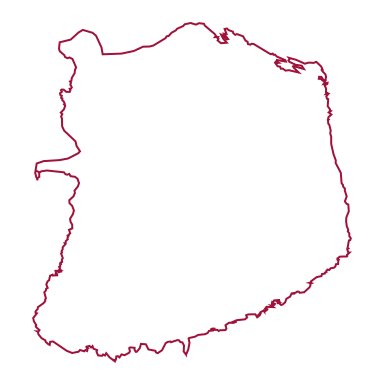 Hurum nor, Buskerud, Norway (Natural Earth projection)
{"feature_id": "86288312B72447023629583", "entity_name": "Hurum nor", "entity_type": "district", "adm_level": 2, "iso_a3": "NOR", "parent_name": "Norway", "parent_adm1": "Buskerud", "projection": "natural_earth1", "projection_center": [10.511, 59.602], "detail": "fine", "context": "isolated", "style": "outline", "palette": "rose", "viewbox_px": 384, "rotation_deg": 0, "n_neighbors": 0, "source": "geoboundaries", "source_scale": "gbopen_adm2", "svg_char_len": 5791}
<svg xmlns="http://www.w3.org/2000/svg" viewBox="0 0 384 384"><path d="M204.0,23.8L199.1,23.2L195.9,24.6L190.7,23.0L184.7,24.3L183.1,26.1L177.0,28.8L175.8,30.4L171.6,32.7L168.6,36.0L166.6,36.3L165.5,38.2L153.4,45.5L149.7,46.5L143.0,46.7L133.8,51.0L121.5,53.6L102.7,54.3L101.5,47.5L96.1,35.8L92.6,32.8L82.8,29.9L78.5,32.5L70.7,39.6L59.7,42.3L59.0,48.7L59.8,51.3L64.4,55.2L65.1,57.1L67.6,58.2L69.5,57.5L72.5,59.0L76.1,67.4L75.0,69.9L74.6,73.2L71.9,77.7L71.3,81.0L70.0,81.5L71.0,83.0L70.3,84.5L71.8,87.3L71.1,88.6L69.7,88.8L70.3,90.4L69.7,91.9L66.2,91.8L63.8,89.7L62.0,89.5L61.0,90.1L61.9,91.8L60.0,93.3L60.5,95.2L61.8,95.8L61.1,97.8L62.4,98.5L62.2,100.0L63.8,101.6L64.8,104.0L64.1,104.4L65.2,105.8L63.9,109.4L60.8,112.6L62.3,114.1L61.1,116.6L62.0,118.6L62.1,126.2L64.1,130.6L75.5,141.4L76.6,146.0L80.0,151.3L78.3,153.2L68.1,158.5L59.6,160.1L43.7,161.1L36.7,163.5L35.2,172.7L36.1,176.5L37.7,180.4L37.0,178.4L39.3,176.9L39.2,173.0L38.6,171.9L36.1,170.8L39.8,172.4L41.3,171.3L46.9,170.5L63.9,172.3L65.5,174.2L67.3,174.7L69.2,173.9L70.6,176.2L75.0,176.8L77.6,178.9L79.0,183.2L77.9,186.4L74.5,190.7L74.9,192.9L73.6,196.2L69.3,200.2L69.5,203.2L72.1,205.7L73.9,210.4L73.0,214.0L70.1,218.7L70.6,222.0L72.2,224.6L72.3,228.4L69.0,229.8L70.2,233.3L68.0,235.4L69.6,235.7L67.2,235.6L68.3,236.2L67.4,238.2L67.8,239.2L65.8,241.1L65.6,242.9L64.8,243.1L65.6,243.9L62.7,247.2L62.6,249.5L61.6,251.1L62.0,252.6L61.1,253.4L62.8,258.1L61.8,259.8L62.1,262.0L60.9,262.5L61.2,262.0L60.4,262.8L61.0,264.1L60.2,264.9L60.2,266.7L59.2,266.9L59.9,268.5L59.4,269.3L60.9,270.2L60.4,270.3L61.1,271.5L58.7,272.2L57.7,271.6L58.2,270.9L55.5,270.9L56.1,273.5L55.0,273.9L57.1,274.1L57.2,275.3L52.7,275.5L52.5,274.7L50.1,275.7L49.1,280.2L47.5,281.5L46.3,284.5L47.7,287.9L46.2,288.7L45.8,290.6L44.3,292.3L45.9,298.3L45.1,299.7L45.3,301.0L43.6,303.1L37.9,307.2L37.7,308.9L35.5,311.5L35.6,312.9L36.9,313.3L33.2,318.0L33.9,321.3L36.3,325.1L35.7,326.0L36.2,327.2L39.5,330.1L38.4,331.5L37.1,331.4L38.0,332.0L38.4,334.3L41.7,338.3L45.3,340.3L45.7,341.9L48.2,344.1L49.7,344.9L50.2,341.8L53.1,341.5L66.7,350.8L72.2,353.0L78.6,351.7L80.0,350.0L84.2,351.3L85.3,350.1L87.1,351.0L87.5,349.7L86.8,347.9L87.8,347.9L86.8,346.6L89.5,345.9L91.1,347.5L92.5,346.1L93.5,348.7L97.1,350.1L96.5,351.8L98.1,355.4L102.1,355.8L103.1,354.5L105.0,355.5L106.2,353.2L109.6,357.4L114.4,361.0L114.3,360.1L115.3,360.6L116.0,359.1L116.3,356.4L117.9,356.2L119.5,357.4L121.5,354.4L124.6,355.2L129.2,352.7L129.9,351.3L129.2,348.1L130.2,347.4L134.6,347.8L134.5,349.6L135.7,351.8L136.7,351.8L139.7,348.3L141.0,343.9L145.9,344.3L148.4,349.4L155.4,350.8L155.9,352.3L157.6,353.2L162.0,350.3L165.6,343.2L167.7,341.9L170.5,341.5L171.0,342.2L177.5,340.1L179.0,340.3L180.3,342.1L182.4,342.4L184.0,345.5L183.7,351.5L185.8,354.3L185.7,353.3L186.5,353.6L188.3,349.4L189.5,342.8L188.6,338.5L189.1,338.0L195.0,336.7L198.2,334.9L205.1,334.2L207.6,333.0L209.0,330.9L213.9,330.4L211.2,330.2L211.1,329.2L212.2,328.6L214.5,328.6L214.9,329.4L214.2,329.9L217.4,329.9L219.3,331.5L218.9,330.8L219.8,330.3L225.4,330.1L226.4,328.7L225.5,325.2L229.1,322.7L233.2,322.9L236.6,321.8L233.7,321.5L236.7,320.2L245.1,319.3L247.1,317.5L246.1,315.3L248.2,314.4L255.4,314.3L257.2,317.3L257.8,316.9L257.4,315.8L258.4,315.0L260.2,316.1L259.6,315.6L260.5,313.8L259.6,313.6L260.5,312.2L263.4,310.7L264.2,311.6L264.1,311.0L265.3,311.1L267.4,309.5L267.3,308.3L267.0,309.5L264.9,309.0L266.5,306.8L273.3,307.1L271.1,305.5L274.0,305.8L271.5,305.2L272.2,304.2L274.3,304.8L274.9,304.0L271.9,303.1L272.2,301.8L273.3,302.2L274.1,300.4L279.1,300.0L279.5,301.5L278.0,301.9L279.4,302.5L276.9,303.2L279.0,303.1L281.1,305.0L282.9,304.3L285.1,302.4L286.4,298.8L290.1,296.6L291.5,293.7L293.3,293.7L292.9,293.2L295.5,292.8L297.2,291.6L298.9,291.7L299.7,292.8L304.2,292.2L309.5,287.3L310.4,285.6L310.3,283.8L311.4,283.3L309.4,282.8L311.2,282.3L311.0,281.3L316.7,277.1L321.4,276.1L322.0,274.0L324.8,273.6L325.0,272.6L326.5,272.0L326.3,271.0L327.4,269.6L329.3,270.0L330.6,268.3L334.2,267.6L335.3,266.6L336.0,264.2L338.1,264.0L338.3,260.2L338.8,259.8L339.1,258.9L338.2,260.0L337.4,259.7L337.4,258.4L340.0,256.6L346.8,256.5L347.3,256.0L347.0,254.9L349.6,252.5L348.2,252.4L347.2,249.1L348.4,248.5L347.6,247.7L348.9,240.5L350.2,240.1L350.8,238.3L349.3,236.2L349.3,233.4L347.8,231.3L348.3,229.9L346.8,226.3L346.1,221.1L346.4,217.3L348.8,211.3L348.3,204.5L346.6,203.8L344.9,201.4L346.7,196.4L344.8,190.5L344.9,188.5L343.2,186.8L342.9,184.8L341.6,183.3L340.8,172.8L335.6,162.9L335.8,160.4L333.5,154.1L331.2,143.9L331.2,136.7L330.2,133.3L330.7,130.5L329.2,124.5L328.3,123.8L328.0,120.4L328.6,119.7L327.9,119.5L328.6,116.9L331.4,114.6L328.7,112.4L330.8,111.0L329.8,110.6L330.0,109.4L327.7,106.2L328.2,99.1L327.0,98.8L326.3,96.3L328.3,94.0L325.9,94.1L327.1,92.8L326.0,92.4L326.1,88.6L324.7,85.5L327.3,83.9L327.5,82.8L323.6,83.9L324.9,81.8L324.6,81.2L322.6,80.6L321.9,79.9L322.2,79.1L318.8,78.8L319.1,76.8L321.4,76.9L323.7,80.4L326.5,80.5L325.2,80.1L326.1,77.1L325.5,74.5L322.2,70.9L322.2,70.2L323.5,70.0L321.7,69.7L322.1,68.3L321.1,66.4L316.2,61.8L313.8,62.9L308.8,62.6L304.8,63.7L296.1,59.8L288.8,57.8L289.7,59.0L288.4,60.4L289.3,61.8L295.7,64.8L301.7,65.7L303.9,69.0L293.5,66.1L293.0,66.4L293.7,67.6L298.7,72.5L288.9,70.2L285.5,70.6L282.7,68.6L280.8,68.7L280.1,66.7L277.6,66.2L275.0,62.6L275.8,61.8L277.2,63.0L278.9,62.8L276.3,61.4L276.9,60.0L285.9,61.6L285.4,60.2L276.9,56.6L274.9,54.6L273.5,54.8L272.7,53.6L270.8,54.2L268.9,53.2L253.7,44.0L251.5,43.8L250.4,44.7L247.9,44.0L247.6,41.8L245.5,40.6L243.1,36.3L237.0,34.1L235.2,34.8L233.3,33.2L232.9,31.7L228.4,30.0L226.9,28.5L224.6,29.0L226.5,33.9L224.0,33.7L228.1,39.1L226.6,39.4L223.1,35.4L221.1,34.6L223.2,38.7L226.8,42.7L221.0,43.2L217.6,40.4L218.5,38.9L217.4,37.9L218.0,37.0L215.0,37.1L216.0,35.9L214.6,33.9L204.8,25.6L204.0,23.8Z" fill="none" stroke="#9f1239" stroke-width="2"/></svg>